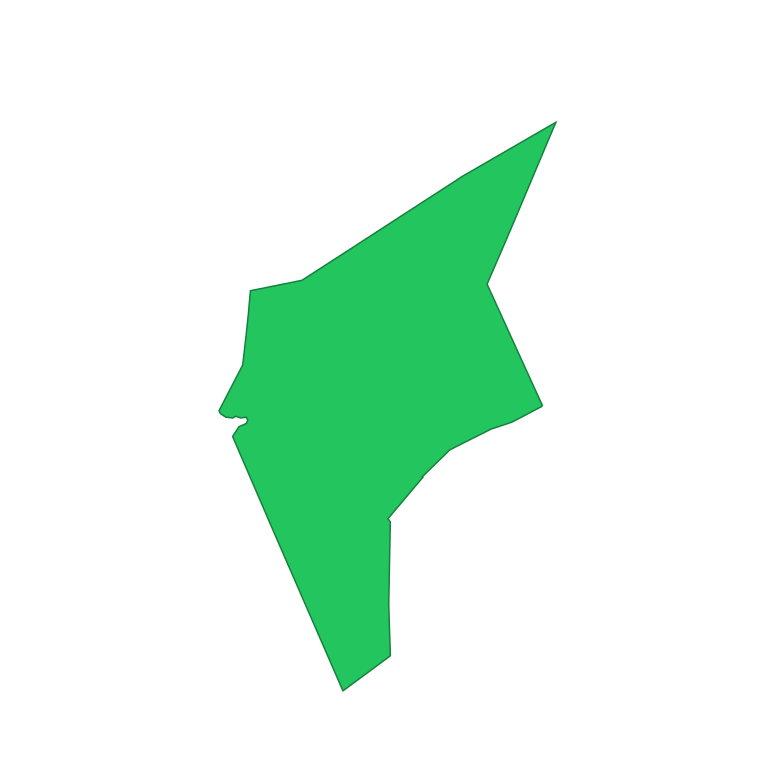 Merwoe, Northern, Sudan (orthographic projection), rotated 19°
{"feature_id": "16777658B43097500879952", "entity_name": "Merwoe", "entity_type": "district", "adm_level": 2, "iso_a3": "SDN", "parent_name": "Sudan", "parent_adm1": "Northern", "projection": "orthographic", "projection_center": [32.145, 18.369], "detail": "fine", "context": "isolated", "style": "filled", "palette": "green", "viewbox_px": 768, "rotation_deg": 19, "n_neighbors": 0, "source": "geoboundaries", "source_scale": "gbopen_adm2", "svg_char_len": 1440}
<svg xmlns="http://www.w3.org/2000/svg" viewBox="0 0 768 768"><g transform="rotate(19 384 384)"><path d="M445.0,687.4L445.5,686.9L447.8,683.6L451.8,677.7L464.4,659.5L466.7,656.1L469.8,651.6L478.5,638.9L478.4,638.6L464.0,600.8L460.0,590.2L454.2,572.1L446.3,547.8L441.3,532.2L436.2,516.5L434.9,512.3L431.6,510.1L431.7,509.8L432.4,508.0L434.1,503.6L436.5,497.3L438.6,492.1L439.7,489.3L440.9,486.0L444.9,475.6L446.9,470.4L449.0,465.1L451.1,459.7L450.9,459.7L450.3,459.5L450.5,459.2L455.3,449.5L458.1,444.0L460.1,439.9L460.7,438.8L463.3,433.7L463.7,432.9L467.7,424.8L478.2,414.0L482.2,409.9L482.3,409.8L493.6,398.3L499.8,391.9L517.0,378.7L517.3,378.5L520.6,375.0L525.2,370.2L530.4,364.6L540.4,354.0L540.7,352.5L538.3,350.1L535.8,347.5L531.8,343.3L512.3,322.8L497.4,307.1L492.2,301.6L484.5,293.5L479.3,288.0L478.2,286.8L476.3,284.9L474.2,282.6L470.8,279.0L466.5,274.5L457.8,265.3L452.8,260.1L449.0,256.1L449.0,255.7L449.3,251.8L449.4,250.3L452.7,207.1L453.1,201.2L453.5,195.9L453.9,190.1L454.7,178.7L459.9,101.1L461.3,80.6L452.4,90.8L390.5,162.1L376.7,179.8L345.2,220.0L322.4,249.2L319.9,252.4L304.4,272.2L278.5,305.2L275.3,309.3L272.6,312.7L227.3,339.3L233.1,362.6L238.5,386.1L244.2,412.0L236.7,463.0L239.1,465.3L245.2,466.9L252.3,465.3L254.2,462.8L259.4,462.8L262.3,461.4L264.7,460.3L266.9,462.4L266.7,466.1L260.8,471.5L257.9,482.9L297.6,526.5L329.6,561.6L440.5,682.5L445.0,687.4Z" fill="#22c55e" stroke="#15803d" stroke-width="1.5"/></g></svg>